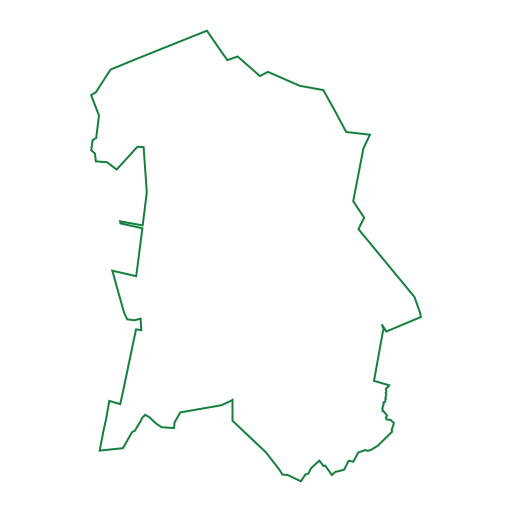 San Javier, Sonora, Mexico (Mercator projection)
{"feature_id": "50627088B99780541835919", "entity_name": "San Javier", "entity_type": "district", "adm_level": 2, "iso_a3": "MEX", "parent_name": "Mexico", "parent_adm1": "Sonora", "projection": "mercator", "projection_center": [-109.729, 28.612], "detail": "fine", "context": "isolated", "style": "outline", "palette": "green", "viewbox_px": 512, "rotation_deg": 0, "n_neighbors": 0, "source": "geoboundaries", "source_scale": "gbopen_adm2", "svg_char_len": 2816}
<svg xmlns="http://www.w3.org/2000/svg" viewBox="0 0 512 512"><path d="M109.3,400.9L105.9,420.1L103.5,430.6L99.7,450.6L118.8,448.6L123.0,448.1L131.6,432.9L131.8,432.5L132.0,432.3L132.3,432.0L132.7,431.7L133.0,431.6L133.3,431.4L133.7,431.3L134.3,431.1L134.7,430.9L135.0,430.6L137.8,425.7L140.9,420.7L141.4,419.6L141.9,418.3L142.1,418.0L142.3,417.8L142.8,417.2L143.2,416.8L143.4,416.6L143.5,416.5L143.7,416.3L144.0,416.0L144.3,415.7L145.2,414.8L146.4,415.5L147.8,416.3L148.2,416.6L148.5,416.8L149.1,417.1L149.5,417.4L150.9,418.6L151.8,419.5L152.2,419.9L153.1,420.7L154.1,421.7L154.5,422.1L155.2,422.6L155.9,423.3L157.0,424.2L158.2,425.0L160.1,426.2L161.7,427.2L173.9,428.1L174.3,426.1L174.4,424.0L174.5,422.5L180.3,412.4L221.6,405.2L231.2,400.7L232.5,399.9L232.5,420.7L244.5,432.1L265.7,452.1L279.1,469.3L282.4,474.5L287.7,475.0L300.9,481.3L305.4,474.5L308.4,473.6L311.1,468.2L319.4,460.6L323.4,466.0L325.2,465.6L331.9,475.0L335.5,471.8L339.5,471.0L344.2,469.6L348.6,460.8L353.3,461.7L358.2,452.5L365.2,450.1L367.8,450.8L370.2,450.3L377.7,445.8L392.1,431.7L391.9,431.2L391.8,430.8L391.8,430.5L391.7,430.3L391.8,429.9L391.8,429.6L391.9,429.4L391.9,429.1L392.1,428.5L392.3,428.0L392.4,427.7L392.5,427.5L392.6,427.3L392.6,427.1L392.7,426.9L392.9,426.6L393.0,426.3L393.1,426.2L393.3,425.9L393.4,425.7L393.4,425.2L393.5,424.9L393.5,424.7L393.4,424.4L393.5,424.2L393.7,423.7L393.8,423.4L393.9,423.2L393.8,422.9L393.7,422.7L392.3,421.5L392.1,421.4L391.9,421.2L391.7,421.0L391.5,420.8L391.4,420.7L391.2,420.5L391.1,420.4L390.9,420.2L390.7,420.0L390.6,419.9L387.1,419.6L386.9,419.6L386.8,419.4L386.7,419.2L386.4,418.9L386.2,418.7L386.2,418.4L386.1,418.2L385.8,417.9L385.8,417.7L387.1,415.7L386.0,414.2L383.5,411.3L382.6,411.0L382.9,410.1L382.6,409.7L382.3,408.6L382.6,407.6L382.9,406.2L383.2,405.6L383.6,404.3L383.5,402.4L384.3,402.4L384.9,402.2L385.3,401.4L385.3,399.9L385.8,399.2L385.4,398.2L385.6,397.0L386.2,395.8L385.7,392.9L386.2,392.4L386.4,391.2L385.8,389.4L385.9,388.7L386.3,388.3L388.7,386.2L389.2,385.3L374.0,380.9L382.9,331.4L383.6,329.4L381.8,324.3L386.0,331.1L386.1,331.3L386.2,331.5L386.9,331.2L387.0,331.2L420.9,317.0L420.0,312.6L414.4,296.9L358.5,229.2L360.9,224.1L364.2,217.8L353.2,201.2L363.4,148.5L369.9,134.7L346.2,132.0L335.3,111.6L332.1,105.9L323.3,90.1L299.7,85.8L289.7,81.4L268.0,71.9L259.9,76.0L237.6,56.5L227.4,60.1L221.3,51.6L206.9,30.7L154.6,51.6L130.4,61.4L110.6,69.5L96.0,92.1L91.1,95.2L99.0,115.5L96.2,138.0L92.7,140.0L91.2,150.2L94.9,153.5L95.9,161.4L106.9,162.2L116.7,169.5L137.4,146.8L143.6,147.1L146.8,192.4L142.8,224.4L142.6,225.4L120.1,221.3L120.5,223.4L142.4,228.3L136.2,276.2L112.3,270.7L113.9,276.2L116.9,287.2L123.8,311.6L124.7,314.1L127.2,319.3L134.1,320.3L140.6,318.7L141.3,330.1L136.0,329.4L122.8,392.5L120.2,404.1L109.3,400.9Z" fill="none" stroke="#15803d" stroke-width="2"/></svg>